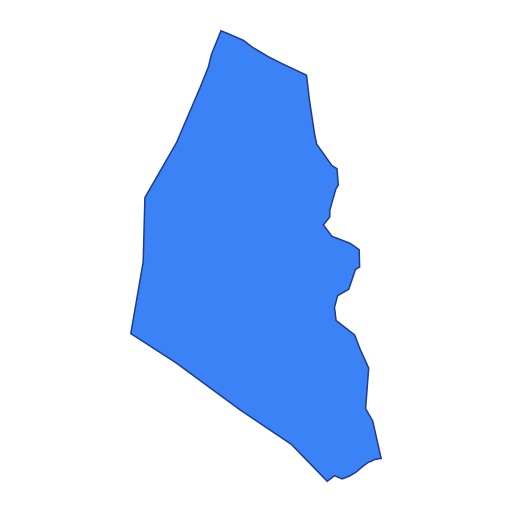 San Miguel Coatlán, Oaxaca, Mexico (Robinson projection)
{"feature_id": "50627088B89719266159733", "entity_name": "San Miguel Coatlán", "entity_type": "district", "adm_level": 2, "iso_a3": "MEX", "parent_name": "Mexico", "parent_adm1": "Oaxaca", "projection": "robinson", "projection_center": [-96.66, 16.169], "detail": "fine", "context": "isolated", "style": "filled", "palette": "blue", "viewbox_px": 512, "rotation_deg": 0, "n_neighbors": 0, "source": "geoboundaries", "source_scale": "gbopen_adm2", "svg_char_len": 917}
<svg xmlns="http://www.w3.org/2000/svg" viewBox="0 0 512 512"><path d="M309.4,99.7L306.5,75.2L282.1,63.7L269.2,57.2L252.5,47.3L249.4,45.0L249.3,44.9L243.6,40.4L239.7,38.7L230.2,34.6L229.9,34.5L229.5,34.3L221.4,30.9L221.2,30.8L221.0,30.7L211.4,54.6L208.4,66.9L200.0,87.8L176.5,142.7L144.9,197.6L143.2,261.8L130.8,333.6L175.7,362.6L240.2,410.0L291.4,444.4L327.2,481.3L334.5,475.7L342.2,478.9L349.4,476.1L355.4,472.6L362.8,466.3L369.0,461.8L370.7,461.6L374.5,459.5L377.3,459.1L379.1,458.6L381.2,458.5L380.5,455.6L380.0,453.2L378.7,447.7L378.5,446.6L375.3,432.5L372.7,421.0L365.6,408.6L368.7,368.1L359.9,348.7L354.7,335.0L336.1,320.5L334.5,307.3L337.6,295.7L348.8,289.2L355.5,269.4L359.6,267.1L359.2,249.8L350.3,243.4L331.9,236.3L323.4,224.9L329.8,216.9L329.8,210.4L332.0,202.4L335.9,188.9L338.3,185.1L337.0,168.7L331.8,165.5L316.7,144.2L314.6,134.2L309.4,99.7Z" fill="#3b82f6" stroke="#1e3a8a" stroke-width="1.5"/></svg>